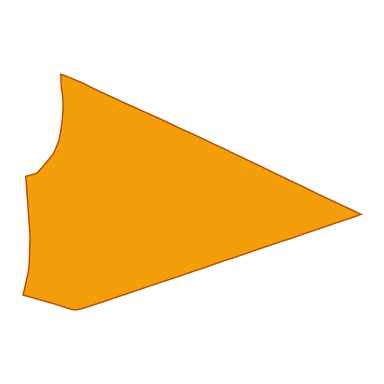 Bang Rak, Bangkok Metropolis, Thailand
{"feature_id": "78962969B21666986895715", "entity_name": "Bang Rak", "entity_type": "district", "adm_level": 2, "iso_a3": "THA", "parent_name": "Thailand", "parent_adm1": "Bangkok Metropolis", "projection": "robinson", "projection_center": [100.525, 13.728], "detail": "fine", "context": "isolated", "style": "filled", "palette": "amber", "viewbox_px": 384, "rotation_deg": 0, "n_neighbors": 0, "source": "geoboundaries", "source_scale": "gbopen_adm2", "svg_char_len": 1636}
<svg xmlns="http://www.w3.org/2000/svg" viewBox="0 0 384 384"><path d="M23.0,295.0L55.0,304.1L68.4,308.4L69.8,308.8L71.2,309.2L72.4,309.5L73.5,309.7L74.7,309.7L76.8,309.7L78.6,309.5L82.6,308.4L85.3,307.6L90.4,306.0L96.0,304.1L103.8,301.6L109.7,299.5L116.0,297.5L120.5,295.9L126.7,293.9L135.0,291.0L141.0,289.0L146.1,287.2L155.1,284.2L161.1,282.2L168.5,279.8L174.3,277.9L180.4,275.8L189.4,272.7L191.3,272.0L195.2,270.7L199.7,269.3L207.8,266.5L211.7,265.0L219.8,262.3L224.5,260.6L232.2,258.2L239.9,255.6L250.1,252.1L254.8,250.4L259.6,248.8L266.2,246.6L271.3,244.9L276.9,243.0L282.7,241.0L286.7,239.8L290.1,238.7L296.4,236.6L301.7,234.6L308.4,232.3L314.8,230.2L320.7,228.2L327.1,226.0L333.4,223.8L344.3,220.1L349.2,218.6L352.7,217.3L355.6,216.3L361.0,214.4L358.7,213.3L358.1,213.0L350.1,209.1L344.4,206.5L318.0,194.1L304.1,187.2L289.0,180.1L278.1,174.8L277.2,174.4L269.2,170.5L254.4,163.3L248.7,160.7L231.2,152.3L221.5,147.6L215.1,144.7L208.5,141.5L207.6,141.0L205.5,140.1L203.1,138.9L201.9,138.4L195.5,135.3L193.3,134.3L180.2,128.5L163.0,120.2L139.3,109.6L122.0,101.8L119.2,100.4L113.4,97.7L108.3,95.4L100.7,91.9L99.8,91.5L96.4,89.9L95.2,89.3L94.6,89.0L93.4,88.4L88.3,85.8L85.5,84.4L82.2,82.8L76.0,80.3L74.6,79.7L71.7,78.4L67.0,76.5L64.3,75.4L62.9,74.9L60.8,74.3L60.9,76.1L61.0,81.2L61.5,88.9L62.6,95.5L63.1,101.7L63.1,107.4L62.4,118.3L62.2,120.6L60.9,130.3L60.4,133.1L58.9,140.4L57.9,143.0L54.4,151.7L53.1,154.1L44.5,164.6L42.0,167.7L39.7,170.0L37.6,172.3L37.3,172.6L36.0,173.5L32.7,174.5L25.8,176.3L30.1,236.7L29.3,261.6L29.1,265.7L27.9,274.0L25.7,283.8L24.5,288.9L23.0,295.0Z" fill="#f59e0b" stroke="#b45309" stroke-width="1.5"/></svg>